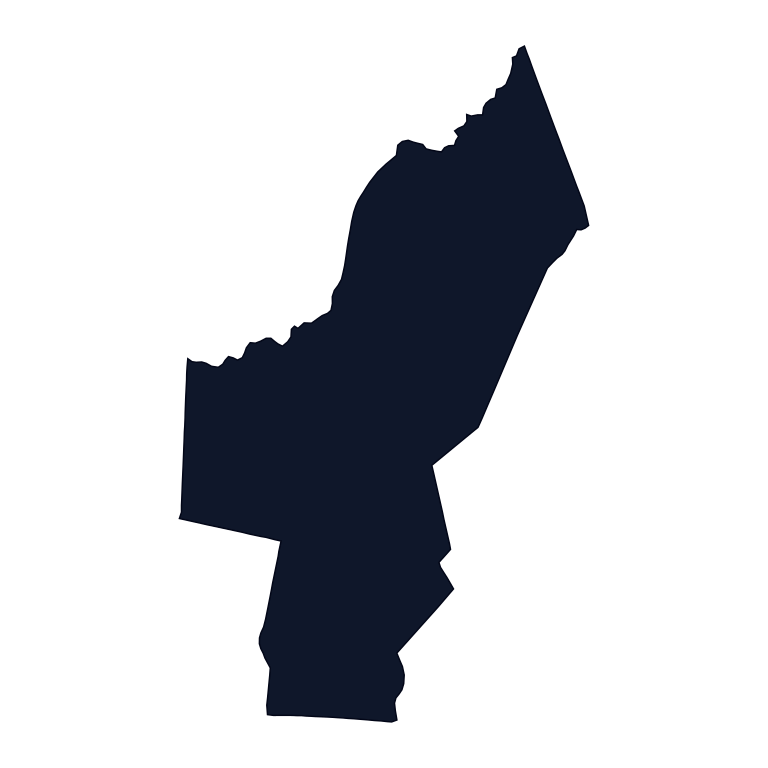 the district of Araruama, Rio de Janeiro, Brazil
{"feature_id": "56859067B24676090780679", "entity_name": "Araruama", "entity_type": "district", "adm_level": 2, "iso_a3": "BRA", "parent_name": "Brazil", "parent_adm1": "Rio de Janeiro", "projection": "equal_earth", "projection_center": [-42.303, -22.745], "detail": "fine", "context": "isolated", "style": "filled", "palette": "ink", "viewbox_px": 768, "rotation_deg": 0, "n_neighbors": 0, "source": "geoboundaries", "source_scale": "gbopen_adm2", "svg_char_len": 2790}
<svg xmlns="http://www.w3.org/2000/svg" viewBox="0 0 768 768"><path d="M588.6,225.4L584.2,206.0L578.6,191.1L576.5,185.8L571.1,171.2L563.1,150.3L558.9,138.8L556.0,131.3L550.8,117.4L545.8,103.8L541.7,93.1L537.0,80.5L534.0,72.3L531.7,66.0L529.3,59.2L527.0,53.4L524.4,46.1L519.1,48.8L516.5,55.9L512.4,57.6L512.8,64.1L510.7,73.5L508.1,79.4L506.0,84.6L501.8,87.8L496.8,89.3L495.2,98.0L490.7,99.4L486.1,103.2L483.6,107.5L482.6,114.9L477.5,114.9L471.2,116.1L466.7,114.5L466.9,121.5L463.9,125.9L458.4,128.3L454.7,130.9L458.7,136.3L455.9,140.7L454.5,145.4L448.6,145.8L444.6,147.7L441.5,151.9L437.3,151.3L431.8,150.3L426.1,148.9L422.7,144.5L416.9,143.1L413.1,142.1L408.2,140.3L402.3,141.5L397.8,145.2L396.4,155.5L392.8,158.5L389.6,161.2L386.3,163.9L377.8,171.9L369.8,182.2L366.4,187.4L363.4,192.3L360.7,196.4L358.1,200.8L356.0,205.7L353.8,212.2L351.7,221.5L350.3,230.0L348.7,238.7L347.5,246.1L346.5,253.2L345.6,259.5L344.6,265.8L343.0,273.2L341.5,279.4L338.1,285.5L334.4,290.4L332.3,296.7L332.4,303.6L331.0,310.4L327.5,313.4L322.2,315.6L318.3,318.3L311.5,323.2L304.1,322.9L298.0,328.4L294.5,326.2L291.4,329.3L291.0,336.9L287.7,341.8L282.5,346.2L277.9,343.9L274.7,341.5L270.9,338.3L266.1,338.3L260.6,341.2L255.4,343.2L250.2,342.7L246.4,347.8L244.6,353.0L242.3,357.7L237.5,360.1L233.2,357.9L228.5,356.6L225.2,360.3L222.8,364.2L218.3,367.3L211.5,366.3L206.1,363.3L201.7,362.0L196.2,362.3L192.0,361.7L187.8,358.7L187.1,366.9L186.7,374.0L186.6,380.2L186.3,386.1L185.7,398.9L185.2,412.8L185.1,418.0L184.8,425.7L184.4,432.0L184.2,438.8L183.9,446.4L183.1,466.9L182.4,482.5L181.8,498.8L181.5,505.2L181.5,512.2L179.4,518.5L196.5,522.3L207.5,524.8L242.1,532.2L249.3,534.0L261.1,536.5L266.0,537.3L274.7,539.6L281.1,541.0L278.9,551.3L278.2,556.2L272.7,582.8L271.6,588.9L270.5,594.7L269.3,600.8L267.8,608.4L265.6,619.3L263.6,627.1L260.9,633.0L259.5,637.9L259.4,643.8L260.9,648.7L263.2,653.2L265.0,658.1L267.4,662.5L270.3,667.9L269.8,674.7L267.6,697.9L266.8,705.2L267.5,714.6L273.6,715.4L278.6,715.3L283.9,715.3L289.3,715.3L293.3,715.4L297.5,715.6L301.8,715.6L305.9,716.0L310.5,716.2L315.3,716.5L321.0,716.7L327.9,717.0L333.4,717.3L337.5,717.6L342.8,717.9L348.2,718.4L353.6,718.7L360.9,719.3L367.4,719.8L374.6,720.5L381.1,720.9L387.4,721.6L391.7,721.9L396.9,720.0L395.3,710.5L394.5,703.1L395.9,697.9L399.2,693.8L401.9,689.8L403.7,683.7L404.2,675.0L402.4,666.5L399.8,660.5L396.8,653.1L438.1,606.9L453.5,588.9L447.1,577.8L443.2,571.7L440.5,567.4L438.9,562.4L445.0,555.6L450.5,549.4L449.5,543.9L443.9,519.4L442.4,512.0L434.0,474.8L431.8,465.3L464.6,438.3L478.0,427.3L480.1,422.7L482.1,418.2L487.0,406.7L494.0,390.4L517.4,335.2L547.4,268.0L552.5,262.6L557.0,258.1L562.1,254.3L564.9,250.8L567.9,244.7L573.5,236.0L576.7,229.5L581.1,229.8L585.1,228.1L588.6,225.4Z" fill="#0f172a" stroke="#020617" stroke-width="1.5"/></svg>